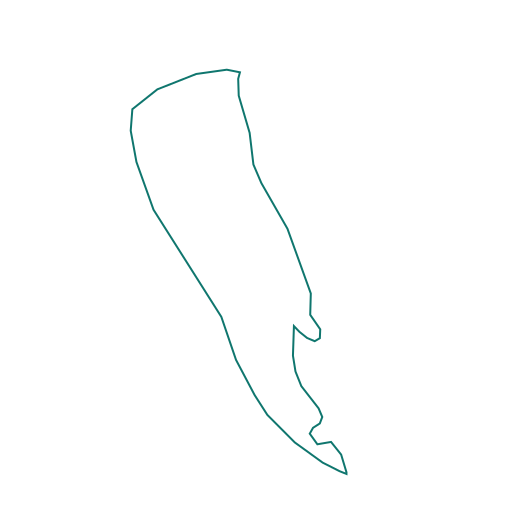 the Unitary Authority of Nelson City, rotated 115°
{"feature_id": "NZL-3402", "entity_name": "Nelson City", "entity_type": "Unitary Authority", "adm_level": 1, "iso_a3": "NZL", "parent_name": "New Zealand", "parent_adm1": "", "projection": "orthographic", "projection_center": [173.429, -41.222], "detail": "fine", "context": "isolated", "style": "outline", "palette": "teal", "viewbox_px": 512, "rotation_deg": 115, "n_neighbors": 0, "source": "natural_earth", "source_scale": "10m", "svg_char_len": 675}
<svg xmlns="http://www.w3.org/2000/svg" viewBox="0 0 512 512"><g transform="rotate(115 256 256)"><path d="M96.3,348.2L103.0,347.0L118.0,339.4L147.1,313.8L174.2,297.0L187.7,281.9L218.0,239.0L266.8,190.5L286.4,182.0L295.3,166.8L303.5,163.4L308.4,166.8L308.7,175.0L306.4,184.5L303.5,192.0L330.7,180.4L344.0,171.4L354.8,159.9L367.6,134.9L373.9,127.9L380.8,127.4L387.6,131.7L394.3,132.2L400.7,120.8L392.8,109.4L400.0,94.9L413.8,82.6L415.3,81.9L415.7,89.5L415.1,108.2L408.6,142.0L395.2,178.6L382.6,198.5L358.6,230.2L325.8,261.7L257.4,368.4L221.3,404.1L195.4,422.5L175.2,430.1L146.6,415.8L116.3,387.1L99.5,361.2L96.3,348.2Z" fill="none" stroke="#0f766e" stroke-width="2"/></g></svg>